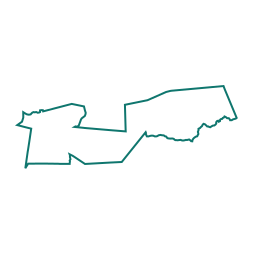 the district of Brasileira, Piauí, Brazil, rotated 351°
{"feature_id": "56859067B5638694885795", "entity_name": "Brasileira", "entity_type": "district", "adm_level": 2, "iso_a3": "BRA", "parent_name": "Brazil", "parent_adm1": "Piauí", "projection": "albers", "projection_center": [-41.604, -4.127], "detail": "fine", "context": "isolated", "style": "outline", "palette": "teal", "viewbox_px": 256, "rotation_deg": 351, "n_neighbors": 0, "source": "geoboundaries", "source_scale": "gbopen_adm2", "svg_char_len": 2092}
<svg xmlns="http://www.w3.org/2000/svg" viewBox="0 0 256 256"><g transform="rotate(351 128 128)"><path d="M23.8,147.6L40.0,150.1L53.5,152.4L55.2,152.8L56.7,153.0L64.8,154.3L65.0,153.3L65.4,152.1L65.3,151.0L66.3,149.8L66.1,147.6L66.4,145.9L66.2,144.8L69.0,146.8L69.9,147.6L70.8,148.4L79.9,156.8L99.6,158.8L105.5,159.4L116.5,160.6L144.8,134.9L145.0,135.9L144.4,136.8L145.0,137.9L145.3,139.2L146.9,139.5L148.2,139.3L149.6,139.2L150.6,139.3L151.8,139.6L153.2,140.5L154.6,140.7L155.7,140.6L157.1,140.0L158.9,139.9L160.5,140.5L162.2,140.9L163.2,142.0L164.2,142.3L164.8,143.2L165.3,144.2L166.9,144.8L168.3,145.1L169.4,145.2L170.5,145.4L171.5,145.9L172.1,146.8L172.9,147.4L174.1,147.6L175.1,147.9L176.6,147.9L178.2,148.0L179.3,148.7L180.5,149.0L182.0,149.0L183.4,148.8L184.4,149.1L185.4,149.0L186.6,148.9L187.6,149.9L188.3,150.9L189.4,151.2L189.9,149.8L190.9,148.7L191.9,148.0L193.5,147.2L195.1,147.0L195.7,146.0L196.5,145.1L196.6,144.1L196.4,142.8L197.3,141.2L197.5,139.8L199.1,139.3L200.2,138.4L201.3,137.8L202.3,136.4L203.3,135.7L204.6,136.4L205.7,137.8L206.5,138.9L207.5,139.0L208.4,139.7L209.4,140.1L210.8,139.4L212.3,138.9L213.7,139.0L215.1,138.2L215.9,137.3L216.0,136.1L217.0,135.1L218.1,134.9L218.6,136.0L219.9,135.6L220.3,134.2L221.3,133.7L222.5,133.7L223.2,132.9L224.4,132.6L225.1,131.7L226.3,132.5L227.4,133.8L229.1,134.1L229.8,135.3L230.1,136.3L231.7,136.5L233.1,135.9L234.7,135.7L235.9,135.6L236.9,135.0L229.6,104.9L228.9,101.5L176.7,98.0L175.6,98.0L171.2,98.4L151.6,103.6L128.6,104.6L125.4,129.2L125.2,131.0L109.9,127.3L85.2,121.2L84.2,120.9L75.4,118.6L76.4,118.2L77.9,118.7L79.1,118.3L80.0,117.5L80.8,116.0L81.9,114.1L82.8,112.4L83.7,111.3L85.5,110.3L87.2,109.4L88.1,107.9L88.6,106.4L88.2,103.7L87.9,99.8L76.2,95.4L46.8,98.3L46.7,97.1L45.4,96.8L43.9,96.8L43.6,98.5L42.7,98.8L41.2,98.8L39.9,97.9L38.2,97.9L37.1,97.5L35.8,97.9L34.8,98.6L34.0,99.3L32.9,99.4L31.6,99.2L30.1,98.6L28.7,97.5L27.9,96.8L27.0,96.0L26.2,101.3L24.3,105.2L19.1,107.8L27.1,111.3L32.3,113.5L31.7,115.4L28.6,125.3L25.8,134.1L25.3,135.5L20.3,151.7L23.8,147.6Z" fill="none" stroke="#0f766e" stroke-width="2"/></g></svg>